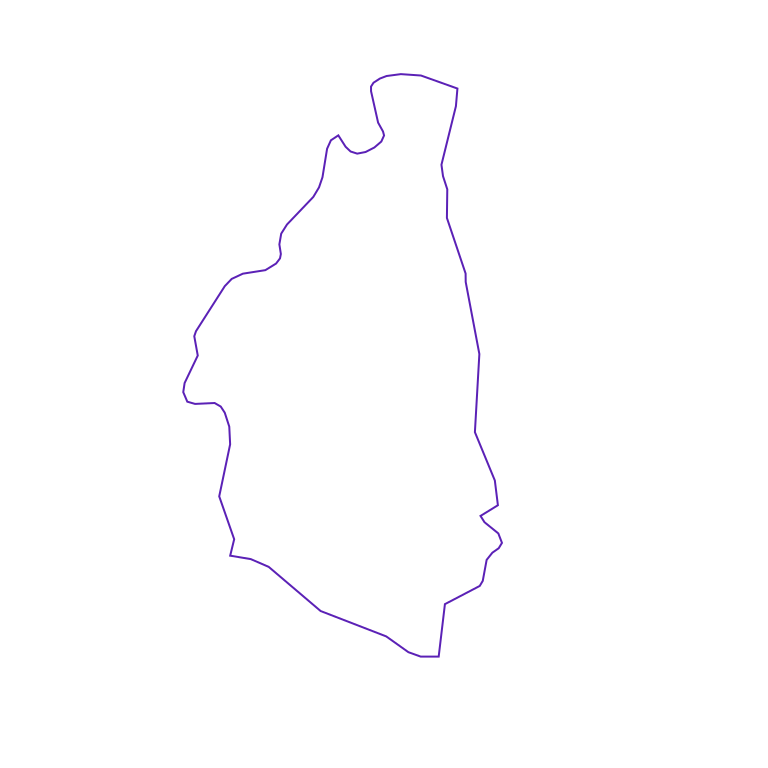 an SVG outline of Brindisi, rotated 57°
{"feature_id": "ITA-5406", "entity_name": "Brindisi", "entity_type": "Province", "adm_level": 1, "iso_a3": "ITA", "parent_name": "Italy", "parent_adm1": "", "projection": "equal_earth", "projection_center": [17.605, 40.637], "detail": "fine", "context": "isolated", "style": "outline", "palette": "violet", "viewbox_px": 768, "rotation_deg": 57, "n_neighbors": 0, "source": "natural_earth", "source_scale": "10m", "svg_char_len": 1089}
<svg xmlns="http://www.w3.org/2000/svg" viewBox="0 0 768 768"><g transform="rotate(57 384 384)"><path d="M176.2,161.5L190.2,172.4L231.4,216.4L241.8,221.3L255.2,224.9L279.0,240.8L335.8,255.4L342.9,259.9L410.8,287.7L473.9,334.0L525.3,343.6L547.7,354.5L547.2,374.9L554.7,375.0L571.6,369.5L581.5,371.6L584.2,377.2L584.5,385.0L587.4,393.7L602.9,408.4L605.5,413.7L601.8,452.8L642.4,486.6L632.6,501.7L622.2,509.6L596.9,519.6L539.9,560.8L474.6,580.3L458.3,591.1L444.2,606.5L432.6,594.2L388.5,583.4L350.8,545.9L335.5,537.0L321.4,533.2L314.0,533.2L307.7,536.4L297.8,553.3L291.7,558.6L281.5,556.8L274.6,550.7L258.7,524.7L240.6,517.1L237.3,512.9L215.2,464.2L212.9,454.5L214.6,442.3L223.9,421.5L224.2,408.9L222.0,402.8L218.8,399.7L209.9,395.7L201.9,388.3L197.4,378.5L188.6,341.4L183.7,331.4L177.1,323.0L155.7,303.6L150.7,295.8L150.6,286.9L164.1,287.0L170.8,285.4L176.2,281.0L179.4,273.1L180.4,263.3L179.2,254.2L175.6,248.6L171.7,247.3L161.6,246.6L131.4,235.4L127.5,232.9L125.6,228.7L125.6,221.1L127.1,214.1L133.3,201.1L145.4,185.0L176.2,161.5Z" fill="none" stroke="#5b21b6" stroke-width="2"/></g></svg>